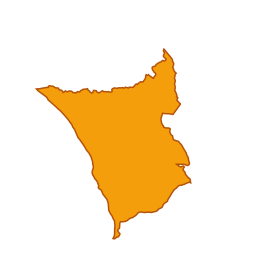 Prado, Bahia, Brazil, rotated 145°
{"feature_id": "56859067B3199407317230", "entity_name": "Prado", "entity_type": "district", "adm_level": 2, "iso_a3": "BRA", "parent_name": "Brazil", "parent_adm1": "Bahia", "projection": "mercator", "projection_center": [-39.359, -17.168], "detail": "fine", "context": "isolated", "style": "filled", "palette": "amber", "viewbox_px": 256, "rotation_deg": 145, "n_neighbors": 0, "source": "geoboundaries", "source_scale": "gbopen_adm2", "svg_char_len": 5808}
<svg xmlns="http://www.w3.org/2000/svg" viewBox="0 0 256 256"><g transform="rotate(145 128 128)"><path d="M180.6,212.5L180.5,211.2L180.4,210.3L180.0,209.1L179.6,207.9L179.2,206.6L177.3,201.1L177.1,200.2L176.9,199.0L177.2,197.6L177.2,196.3L176.9,195.3L176.6,194.0L176.3,192.8L175.8,190.7L175.6,189.8L174.9,186.9L174.3,183.8L174.0,182.6L173.7,181.6L173.5,180.6L173.3,179.3L173.1,177.8L172.9,176.1L172.7,174.6L172.4,171.4L172.2,168.7L172.2,167.6L172.2,165.2L172.1,163.9L172.2,162.7L172.3,161.8L172.7,160.7L172.7,159.8L172.6,157.6L172.8,156.4L173.1,155.2L173.3,154.1L174.2,150.0L174.4,148.5L174.3,147.1L174.2,145.9L174.2,139.6L174.3,138.4L174.3,137.0L174.5,135.4L174.6,134.4L174.7,133.2L174.5,131.6L174.4,130.2L174.5,128.7L174.6,127.5L174.7,126.3L175.4,123.6L176.0,121.8L176.4,120.5L176.9,119.8L177.5,118.9L177.9,117.7L178.7,115.9L180.1,114.6L181.6,113.5L182.6,112.6L183.1,111.8L183.5,110.9L183.7,110.0L183.9,108.8L183.8,107.7L184.1,106.7L184.3,105.6L184.1,104.5L184.0,103.4L184.0,102.2L184.0,101.2L184.4,100.1L184.7,99.2L184.9,98.1L185.4,97.2L186.4,96.5L186.6,94.8L185.8,93.7L185.7,92.5L185.8,90.9L186.1,89.9L186.4,88.7L186.5,87.5L186.4,86.4L186.3,85.3L186.4,84.0L186.2,82.9L186.3,81.4L186.7,79.6L187.2,78.4L187.6,77.3L188.2,76.3L188.8,75.3L189.4,74.2L190.0,73.4L190.5,72.3L191.0,71.5L191.2,70.6L191.3,69.4L191.5,68.3L191.6,67.2L191.5,66.0L191.6,64.8L192.1,62.4L192.3,61.2L192.2,60.3L192.5,59.3L193.0,58.6L193.6,57.5L194.3,56.1L195.1,55.0L195.8,54.1L196.5,53.3L197.7,51.8L198.4,50.8L199.1,49.7L199.7,49.0L200.5,48.1L201.3,47.5L202.3,46.7L203.7,46.1L203.2,45.3L202.3,44.9L201.3,44.8L200.1,45.2L198.9,44.6L198.0,44.5L196.9,44.9L196.0,45.3L195.3,46.0L195.5,47.3L195.4,48.5L195.4,49.7L194.7,50.4L193.8,50.7L192.7,50.7L191.7,51.5L191.4,52.4L190.6,53.0L189.8,54.1L189.0,55.0L187.8,55.5L187.0,54.8L185.8,54.1L184.6,53.4L183.4,52.9L182.3,52.7L180.3,52.7L179.2,52.8L178.2,52.8L177.0,52.6L175.8,52.0L172.8,51.9L171.4,52.0L169.8,52.3L168.8,52.7L167.6,52.7L166.3,52.1L165.0,51.3L164.0,50.2L162.7,49.1L161.4,48.5L160.6,47.9L159.7,47.5L158.9,46.8L157.6,45.6L156.3,45.0L155.1,44.6L154.1,44.1L153.1,43.8L152.1,43.5L150.8,43.6L149.7,44.0L148.2,43.9L147.2,43.6L146.2,43.5L145.1,43.7L144.2,44.4L143.3,44.8L142.5,45.1L141.6,45.3L140.4,45.4L139.4,45.3L138.6,45.3L137.7,45.4L137.0,46.0L136.3,46.5L135.2,47.0L133.9,47.5L131.6,48.5L130.6,49.0L129.7,49.4L128.8,49.7L127.8,50.1L126.9,50.5L126.0,50.8L124.9,51.0L122.6,51.0L121.5,51.3L120.3,51.6L119.1,51.6L118.2,51.1L116.5,50.2L115.4,50.1L114.1,49.5L112.7,49.4L111.5,49.2L110.6,48.9L109.7,48.6L108.7,48.5L108.1,47.2L106.9,49.5L106.6,50.4L106.5,51.4L107.1,52.3L107.2,53.3L107.2,54.4L107.4,55.9L107.4,57.0L107.2,58.1L106.7,58.9L106.7,60.0L106.9,61.1L106.9,62.4L105.4,63.3L104.2,63.7L104.5,65.0L105.5,65.5L106.7,65.6L107.4,66.2L108.0,67.2L108.3,68.7L108.8,69.5L109.0,70.5L103.5,66.5L102.6,65.7L101.9,64.6L101.3,63.9L100.7,63.0L98.7,63.1L97.8,63.9L97.5,64.7L97.3,65.7L96.8,66.8L96.4,67.9L95.8,68.9L95.5,70.3L95.4,71.6L95.2,72.6L94.9,73.5L94.6,74.3L94.4,77.0L94.3,78.1L94.3,79.4L94.1,80.8L93.9,82.4L93.9,83.9L94.1,85.3L94.3,87.0L94.3,88.0L97.1,91.6L97.4,92.8L96.9,94.0L96.5,94.9L96.0,96.2L96.5,97.3L96.6,98.5L96.3,99.5L96.0,100.9L95.5,101.6L94.8,102.1L93.9,103.2L94.3,104.2L94.9,104.8L95.8,105.5L96.8,106.2L97.5,107.0L98.3,108.2L97.8,109.3L97.9,110.3L97.8,112.3L97.5,113.1L95.8,116.7L92.0,119.6L91.1,120.2L90.2,119.2L89.3,118.4L88.6,117.9L87.8,117.3L86.9,116.7L86.0,115.9L85.0,114.9L84.2,114.1L83.4,113.3L71.6,117.4L71.2,118.2L71.6,119.3L71.8,120.7L71.9,121.9L72.0,122.8L71.2,123.4L69.9,124.1L69.9,125.0L70.4,125.8L69.6,126.3L69.2,127.0L68.7,128.4L68.5,129.8L68.2,131.3L67.7,132.6L66.7,133.3L66.1,134.1L65.4,135.4L65.0,136.6L64.5,137.4L63.8,138.1L62.9,138.8L62.2,139.6L61.8,140.4L61.5,141.9L60.7,142.9L59.7,143.5L59.2,144.4L58.3,145.0L57.2,145.2L57.1,146.3L57.6,147.2L57.5,148.2L57.2,149.6L56.6,150.9L56.6,151.9L55.8,152.7L54.5,153.5L53.6,154.6L53.2,155.8L53.4,157.1L52.7,157.9L52.3,159.2L52.4,160.3L52.5,161.5L52.5,162.4L52.6,163.6L52.7,164.7L52.8,165.7L52.9,166.7L52.9,167.8L53.1,169.2L53.1,170.8L53.3,172.0L54.3,171.4L54.9,170.4L55.0,169.1L55.4,168.2L56.3,167.7L57.5,167.0L57.9,166.1L57.8,164.7L57.2,162.9L57.8,162.2L59.0,161.8L59.9,162.1L60.8,163.5L62.2,163.4L63.4,163.2L64.6,163.8L65.7,163.7L66.9,163.9L68.1,163.8L69.2,163.6L70.6,163.1L72.1,163.8L73.2,163.9L73.9,163.2L74.5,161.9L74.5,160.4L74.7,158.9L74.2,157.5L74.2,156.3L75.0,155.5L76.6,155.1L77.9,154.7L78.6,154.1L79.1,154.8L79.4,155.9L79.7,156.9L80.3,158.2L80.6,159.9L81.5,159.7L82.1,160.3L82.5,161.2L83.5,160.7L84.5,159.4L86.1,158.3L88.2,157.6L89.3,157.2L90.1,157.6L91.0,158.6L92.1,158.7L93.0,158.7L93.8,158.5L94.7,158.5L95.4,158.3L95.9,159.2L96.9,159.4L98.3,158.8L99.2,158.8L100.3,158.3L101.8,159.3L102.6,160.1L103.7,160.7L104.6,160.4L105.2,161.2L105.9,161.9L106.7,162.9L107.7,162.8L108.6,163.1L108.9,164.0L110.8,164.9L111.7,165.7L112.7,166.3L114.3,166.8L115.2,167.7L116.1,168.7L116.9,168.7L118.1,169.1L119.2,168.8L119.6,168.0L120.1,167.0L120.9,167.0L121.8,167.4L122.4,168.0L123.0,168.9L123.9,169.3L124.8,170.1L125.5,170.7L126.5,171.2L127.2,172.1L127.5,173.1L128.3,173.3L129.2,173.1L130.9,173.4L131.9,173.6L132.4,174.6L132.9,175.8L132.6,176.7L133.6,177.7L134.6,178.5L135.6,178.1L136.5,177.1L137.9,177.7L138.4,178.7L138.4,180.3L139.0,182.2L138.6,183.4L139.8,183.8L141.0,184.6L141.9,185.0L143.1,185.6L144.4,185.5L145.5,185.8L146.9,185.2L147.7,185.9L148.3,186.6L149.6,186.8L150.7,186.6L151.3,187.4L152.6,188.2L152.8,189.5L153.3,190.6L153.8,191.3L154.8,191.9L155.9,192.3L156.8,192.3L157.4,193.0L157.9,194.2L158.9,194.3L159.8,194.0L160.8,194.3L160.5,195.6L160.9,197.3L162.2,198.4L162.4,199.4L162.1,200.4L162.8,201.3L163.7,201.9L164.4,202.7L164.9,203.8L165.3,204.9L165.9,205.7L166.7,206.1L167.2,206.8L168.2,207.8L169.5,207.7L170.1,207.0L171.6,208.0L178.1,211.0L180.6,212.5Z" fill="#f59e0b" stroke="#b45309" stroke-width="1.5"/></g></svg>